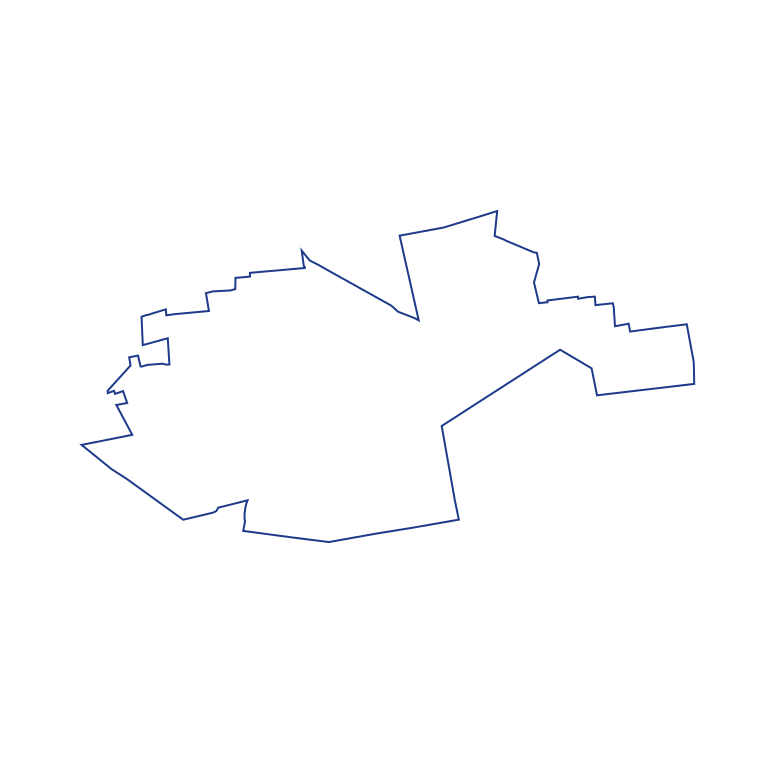 Kopomá, Yucatán, Mexico (Mercator projection), rotated 163°
{"feature_id": "50627088B35355402430681", "entity_name": "Kopomá", "entity_type": "district", "adm_level": 2, "iso_a3": "MEX", "parent_name": "Mexico", "parent_adm1": "Yucatán", "projection": "mercator", "projection_center": [-89.902, 20.644], "detail": "fine", "context": "isolated", "style": "outline", "palette": "blue", "viewbox_px": 768, "rotation_deg": 163, "n_neighbors": 0, "source": "geoboundaries", "source_scale": "gbopen_adm2", "svg_char_len": 1503}
<svg xmlns="http://www.w3.org/2000/svg" viewBox="0 0 768 768"><g transform="rotate(163 384 384)"><path d="M350.3,251.7L341.1,327.0L205.6,365.3L180.9,338.3L183.6,310.9L87.3,293.4L84.3,304.0L81.5,314.0L81.0,317.6L77.0,352.6L96.0,355.9L96.2,356.0L133.3,362.2L132.4,370.1L146.2,371.7L141.8,390.5L141.6,394.3L158.7,397.6L156.8,405.9L164.2,407.6L173.4,408.8L173.0,410.8L203.3,416.1L203.7,414.4L212.2,416.0L210.9,437.2L200.5,453.4L199.5,464.8L202.3,466.1L225.1,485.1L227.1,487.1L228.8,488.4L228.9,488.5L232.9,491.7L234.9,493.2L225.2,516.3L253.4,516.2L281.1,516.2L325.7,521.3L332.2,434.7L335.4,438.0L349.4,449.0L354.2,456.9L403.6,508.3L410.7,515.8L411.1,516.2L411.1,516.3L418.9,523.8L423.7,535.6L426.2,520.3L425.5,518.7L425.8,518.1L479.7,529.5L480.8,525.9L495.0,528.9L498.5,518.2L503.7,518.4L520.6,522.6L527.7,522.9L530.1,505.0L563.3,511.9L572.1,513.4L570.8,519.2L584.0,519.2L589.8,519.1L590.9,519.4L596.2,519.2L603.3,491.7L577.4,491.0L583.5,465.4L586.1,466.0L590.0,468.2L604.5,471.4L610.5,471.5L611.7,472.0L610.9,483.1L619.9,484.0L621.0,475.8L650.3,458.3L650.8,456.0L644.2,456.4L644.1,453.2L635.6,453.5L635.2,440.9L646.1,442.2L639.6,409.0L691.0,414.2L669.4,382.2L657.8,368.5L615.7,312.9L585.5,311.0L582.2,311.3L581.2,311.8L578.6,314.3L575.0,314.0L548.5,312.7L551.0,309.3L552.9,305.9L555.5,300.1L557.0,294.8L557.2,292.9L561.6,284.7L520.0,265.6L483.2,249.1L482.7,248.9L472.5,247.7L467.5,247.1L467.4,247.1L435.8,243.3L400.9,238.5L352.1,232.4L350.3,251.7Z" fill="none" stroke="#1e3a8a" stroke-width="2"/></g></svg>